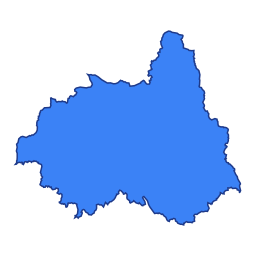 Oxapampa, Pasco, Peru (Albers equal-area conic projection)
{"feature_id": "86281439B19526712257024", "entity_name": "Oxapampa", "entity_type": "district", "adm_level": 2, "iso_a3": "PER", "parent_name": "Peru", "parent_adm1": "Pasco", "projection": "albers", "projection_center": [-75.08, -10.181], "detail": "fine", "context": "isolated", "style": "filled", "palette": "blue", "viewbox_px": 256, "rotation_deg": 0, "n_neighbors": 0, "source": "geoboundaries", "source_scale": "gbopen_adm2", "svg_char_len": 5789}
<svg xmlns="http://www.w3.org/2000/svg" viewBox="0 0 256 256"><path d="M204.5,98.7L204.0,97.0L204.5,95.7L203.8,95.1L204.6,93.1L204.1,91.2L202.1,89.1L201.4,87.6L199.5,87.1L199.1,86.2L199.5,85.1L199.8,80.0L199.4,79.3L199.9,74.8L198.9,70.7L197.5,69.2L196.4,68.6L195.5,65.4L194.9,65.0L195.1,63.7L194.4,62.7L194.5,61.6L194.0,61.1L194.2,60.3L193.8,58.9L194.5,58.3L193.9,57.9L193.4,56.4L193.9,55.9L194.3,54.0L193.9,53.6L193.7,52.0L193.9,50.5L191.8,50.7L189.0,50.4L188.2,49.5L183.4,47.9L183.4,44.3L182.4,42.7L182.3,41.4L181.0,39.3L182.3,38.1L183.0,35.9L182.6,35.2L179.0,34.6L177.2,33.2L172.0,32.3L170.3,31.3L168.5,31.1L164.9,32.9L163.4,34.6L162.7,37.0L162.0,37.9L161.7,40.4L160.6,41.5L161.1,43.3L160.9,43.9L162.5,47.8L161.8,48.6L161.0,48.6L159.9,49.3L159.9,52.3L158.6,52.1L157.7,53.1L158.8,55.0L158.6,56.5L156.5,58.4L155.7,60.1L154.1,60.2L153.0,61.4L151.8,60.8L151.3,61.6L151.8,63.5L150.4,65.1L151.1,66.6L151.3,68.7L152.0,69.0L151.9,69.4L148.4,71.1L148.3,71.7L149.0,73.2L148.0,75.2L148.6,76.1L150.2,75.5L151.3,75.8L152.1,77.2L151.1,77.9L150.7,78.7L151.0,79.9L150.7,80.4L149.4,80.4L149.5,81.6L150.1,82.2L149.5,84.0L147.3,84.2L146.4,83.7L144.1,80.7L143.4,80.4L140.7,82.3L140.7,82.9L134.4,85.7L130.0,86.2L128.9,83.0L126.4,82.8L125.3,81.9L123.5,81.8L122.5,80.8L121.3,80.8L120.6,80.3L118.0,82.7L115.8,83.6L113.6,83.8L110.6,82.9L107.3,83.0L101.8,79.8L98.1,76.8L95.0,75.0L92.5,75.2L91.0,74.6L89.3,74.9L87.8,74.5L89.2,76.3L90.0,79.7L91.9,82.8L92.3,84.7L91.4,85.9L91.4,86.3L90.7,87.1L88.4,87.3L86.4,87.9L80.2,87.1L76.2,88.1L74.7,89.5L74.9,91.2L76.4,91.9L76.8,92.7L75.6,95.0L74.8,95.1L73.4,96.7L70.8,95.8L69.8,96.5L69.2,98.3L68.1,98.5L67.4,102.7L66.5,103.1L65.2,101.8L62.2,101.4L62.1,101.1L61.2,101.7L58.4,101.5L56.9,102.1L55.4,100.5L55.4,99.5L52.2,98.7L51.2,97.9L50.7,98.1L50.9,102.8L50.6,103.7L50.9,105.5L50.0,107.5L44.4,107.8L42.3,110.1L40.9,110.5L40.3,111.4L40.3,112.4L39.5,113.3L39.7,113.8L39.3,115.8L39.0,116.3L38.4,116.4L38.6,117.4L38.2,118.3L38.6,119.9L37.3,120.9L36.8,122.9L36.9,124.5L36.6,125.2L37.4,126.8L37.2,130.2L36.1,132.6L33.2,135.1L32.0,134.9L30.6,135.9L29.6,135.6L26.2,137.5L22.7,136.4L20.9,136.9L18.8,138.8L18.0,142.6L16.6,144.2L17.2,147.2L16.4,151.0L17.2,153.3L17.2,157.8L17.0,160.2L16.6,161.0L16.8,162.5L15.4,164.3L16.5,164.1L17.6,162.7L19.7,162.3L20.8,162.7L21.9,162.2L22.6,162.9L22.2,163.8L23.4,164.5L24.7,161.9L26.0,161.6L27.2,162.4L27.7,161.8L28.3,161.9L28.7,161.2L29.8,161.3L30.9,161.6L31.5,162.3L32.2,161.5L33.4,161.5L34.0,160.8L35.0,161.4L36.0,161.1L37.6,162.4L38.4,162.4L38.3,163.4L41.4,164.5L41.9,166.5L40.4,172.5L41.2,174.1L41.3,175.6L42.5,177.0L42.0,178.2L41.2,178.8L41.2,179.8L41.7,180.4L40.7,182.0L40.8,182.8L40.0,184.3L40.2,184.9L42.2,186.3L43.3,186.5L43.6,187.3L45.2,187.2L45.9,185.9L47.3,186.2L47.7,187.0L48.8,186.0L50.2,187.4L51.1,187.0L51.6,188.6L52.8,189.7L55.3,189.1L56.0,188.1L58.2,188.7L58.4,191.1L57.1,192.9L59.2,194.2L60.6,193.5L61.9,194.4L62.0,196.8L61.2,198.5L61.2,200.2L60.5,201.6L59.3,202.1L59.4,202.7L61.5,203.9L62.2,203.5L63.0,204.1L63.6,204.2L64.0,203.7L64.6,203.9L65.6,205.1L65.9,207.0L66.5,207.1L67.2,206.6L68.0,204.2L67.9,203.3L68.4,203.0L70.2,203.2L71.6,202.7L73.1,203.6L74.5,203.1L76.9,204.2L76.8,205.5L78.0,209.6L77.5,213.8L76.1,215.5L75.1,215.6L75.3,216.7L74.9,217.7L76.8,216.6L78.2,218.1L79.0,217.0L81.1,216.2L82.2,213.3L82.1,212.3L81.2,212.1L82.3,210.1L83.4,209.5L84.4,209.8L85.8,212.1L87.9,213.2L88.7,214.6L91.4,215.0L92.8,213.6L93.9,213.3L94.7,210.9L96.0,210.0L96.6,208.2L96.5,204.8L98.3,204.2L99.7,204.9L101.6,204.9L103.5,207.0L105.5,202.4L107.7,204.6L108.3,203.2L108.8,203.1L109.7,201.8L111.2,201.7L113.9,199.6L115.4,197.5L115.7,196.4L116.7,194.9L116.6,194.2L117.8,194.2L118.8,193.5L118.5,191.9L119.7,190.2L121.0,190.7L123.0,192.8L123.5,194.1L124.8,193.8L125.4,192.9L126.6,193.7L127.1,194.7L126.9,197.8L127.2,198.9L129.7,200.9L129.7,202.3L130.3,203.0L133.2,201.5L133.7,200.7L136.1,202.9L138.7,203.7L139.3,202.8L141.9,205.5L142.9,205.7L143.4,204.8L144.4,204.8L145.4,204.2L144.8,201.4L142.6,197.8L142.9,197.0L143.9,196.5L147.4,200.7L148.7,204.7L149.9,207.0L154.6,213.5L157.1,213.1L158.1,213.6L159.1,212.9L161.7,214.4L162.6,214.1L164.0,215.9L165.9,217.3L166.9,219.8L167.8,220.9L169.3,221.4L169.6,220.0L171.3,219.2L172.4,219.4L173.4,218.5L174.0,218.5L175.3,219.1L175.6,221.1L176.8,221.6L177.8,223.2L180.5,224.3L181.4,224.2L183.7,224.9L183.8,223.3L184.3,223.4L185.3,222.3L186.7,221.6L187.7,222.3L190.7,222.3L192.1,222.7L192.4,222.0L194.6,221.2L194.3,219.1L194.8,217.0L193.9,216.1L193.8,215.5L194.3,215.0L195.0,214.3L197.1,214.4L198.2,213.4L201.7,211.4L203.0,211.8L205.7,211.2L207.5,211.4L209.1,208.2L207.7,205.0L207.9,202.7L209.4,203.5L210.0,203.4L211.0,204.3L211.4,203.6L212.2,203.7L212.3,202.5L213.9,201.0L216.6,199.9L216.5,198.6L217.3,198.5L220.3,194.4L220.4,192.6L222.5,193.7L224.1,193.9L223.9,192.5L224.9,191.2L225.8,190.5L228.1,190.2L227.9,187.9L229.7,188.0L231.2,187.3L232.6,188.5L235.5,188.2L236.9,188.7L237.3,190.0L238.2,190.0L239.4,190.9L239.4,192.2L240.0,192.8L239.8,192.3L240.6,190.6L239.6,186.7L239.6,185.1L240.4,184.0L240.3,183.3L237.7,178.8L237.3,176.7L235.7,174.4L234.0,170.6L234.7,170.1L234.5,168.7L233.1,167.8L232.7,166.8L229.8,164.0L228.5,163.8L228.4,162.8L226.7,162.4L225.9,161.1L226.0,160.0L224.9,159.3L225.0,158.7L226.1,158.4L225.7,157.8L226.4,154.8L224.9,154.2L223.7,152.2L224.9,149.2L227.0,146.7L226.5,145.9L225.3,145.7L225.1,144.5L225.9,143.4L227.4,143.2L228.3,140.8L228.2,139.3L228.7,138.1L228.1,137.4L228.5,136.3L228.4,134.7L227.3,133.0L228.3,129.8L227.8,128.7L226.3,127.7L224.6,127.3L223.8,127.6L223.2,126.9L220.8,126.9L218.5,126.0L218.0,124.4L217.8,121.5L217.2,120.7L217.0,119.2L214.9,118.6L211.7,119.9L209.8,118.7L209.0,117.5L208.5,115.9L208.8,113.8L207.9,112.7L207.3,111.0L206.0,111.2L205.4,110.9L203.5,107.6L204.2,106.9L204.4,105.3L202.8,102.3L204.5,98.7Z" fill="#3b82f6" stroke="#1e3a8a" stroke-width="1.5"/></svg>